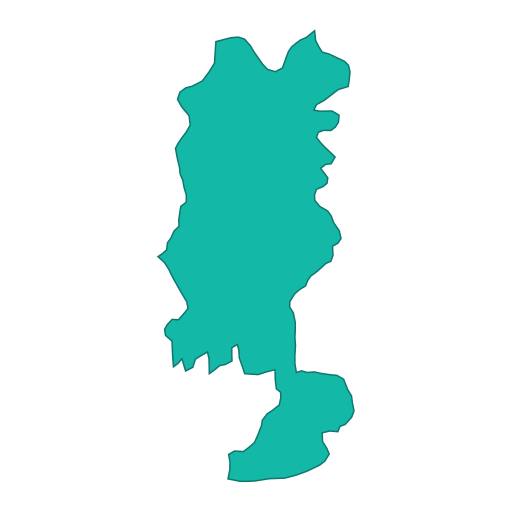 Ananindeua, Pará, Brazil
{"feature_id": "56859067B63914289904635", "entity_name": "Ananindeua", "entity_type": "district", "adm_level": 2, "iso_a3": "BRA", "parent_name": "Brazil", "parent_adm1": "Pará", "projection": "albers", "projection_center": [-48.38, -1.343], "detail": "fine", "context": "isolated", "style": "filled", "palette": "teal", "viewbox_px": 512, "rotation_deg": 0, "n_neighbors": 0, "source": "geoboundaries", "source_scale": "gbopen_adm2", "svg_char_len": 2521}
<svg xmlns="http://www.w3.org/2000/svg" viewBox="0 0 512 512"><path d="M348.2,86.5L349.2,79.8L350.0,72.0L348.5,65.3L344.5,61.3L329.2,54.1L322.2,52.1L318.9,46.9L315.6,40.5L314.6,30.7L306.4,37.4L300.7,39.9L296.1,43.2L291.7,46.9L288.5,51.5L286.3,57.2L282.5,67.9L275.3,71.7L267.5,69.4L262.6,64.2L253.7,51.5L250.4,45.7L244.5,39.1L238.4,37.1L230.9,37.7L215.9,41.6L214.5,63.1L209.0,72.0L202.3,81.0L191.9,86.3L185.9,87.8L179.9,92.2L177.5,99.4L181.9,107.1L189.1,115.8L190.2,125.0L186.3,132.0L181.9,137.8L178.1,143.4L175.5,148.4L177.3,158.3L179.5,167.5L180.2,174.3L182.8,180.2L184.1,187.6L186.3,194.9L186.3,202.1L180.8,206.4L179.9,211.9L178.8,219.6L179.0,226.3L174.1,230.9L170.9,238.1L167.5,242.7L166.6,249.9L162.3,253.7L158.0,256.6L164.6,262.7L168.9,269.5L171.4,274.8L174.1,279.9L177.3,285.5L181.0,292.1L186.8,301.9L188.0,308.5L184.7,312.6L178.4,319.8L172.1,319.4L167.2,324.7L164.6,329.3L165.5,335.4L172.0,341.1L172.4,351.1L172.9,359.6L173.5,366.8L178.1,363.3L181.9,358.7L185.6,371.0L192.8,367.3L195.4,359.2L200.9,355.7L207.5,352.0L209.0,358.7L209.2,366.5L209.3,373.7L214.5,369.9L219.7,365.6L225.2,364.5L232.0,361.0L231.8,355.7L231.8,347.8L237.3,344.5L238.8,349.8L239.3,357.9L242.5,367.0L244.7,373.7L258.1,374.6L266.4,371.9L275.0,369.7L275.3,380.2L276.4,388.9L280.6,392.2L280.8,397.5L279.3,404.9L272.7,410.2L267.3,413.7L262.4,420.1L261.5,425.5L258.1,434.3L254.6,442.4L249.1,447.2L243.4,451.6L234.6,451.0L228.6,454.4L230.0,462.3L229.8,469.7L228.0,478.9L234.6,480.2L240.1,481.3L247.6,481.3L255.4,480.9L269.2,478.7L284.8,478.1L296.6,475.0L307.6,470.9L319.7,465.1L324.9,461.0L329.2,454.1L326.8,448.3L322.6,441.7L322.2,432.8L329.9,431.0L337.9,431.7L339.9,426.4L345.2,424.4L351.7,417.2L354.0,410.9L352.3,402.3L351.5,395.9L347.7,389.6L343.6,379.2L337.0,375.4L329.2,374.6L320.9,373.4L314.3,371.9L307.3,372.5L301.6,370.8L296.4,372.5L294.9,363.8L294.9,355.3L295.5,345.7L294.9,337.3L295.3,330.1L295.2,322.0L293.3,312.8L289.7,307.1L289.8,301.8L294.4,294.1L299.8,289.4L305.6,285.9L307.6,280.6L310.6,276.2L317.2,271.3L321.8,267.2L325.8,263.5L330.9,261.2L333.0,255.2L332.5,246.2L337.9,243.2L341.0,238.6L339.3,230.9L333.6,222.6L331.2,215.9L327.7,211.0L319.7,206.4L314.8,200.3L314.5,194.8L316.5,189.3L322.9,186.7L327.0,183.3L327.8,177.8L320.6,168.3L325.8,164.3L331.2,163.7L335.1,157.0L328.3,150.4L324.3,146.7L320.6,142.7L316.5,137.5L318.3,132.3L323.7,130.3L330.9,130.5L335.3,127.1L338.4,122.4L339.1,115.2L332.1,111.0L319.7,111.2L313.9,110.1L316.5,104.6L324.0,100.5L338.2,89.6L348.2,86.5Z" fill="#14b8a6" stroke="#0f766e" stroke-width="1.5"/></svg>